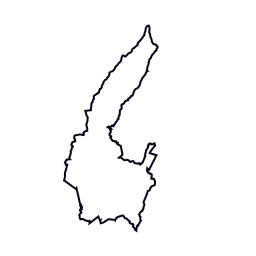 the district of Soacha, Cundinamarca, Colombia, rotated 202°
{"feature_id": "7082276B50901736205159", "entity_name": "Soacha", "entity_type": "district", "adm_level": 2, "iso_a3": "COL", "parent_name": "Colombia", "parent_adm1": "Cundinamarca", "projection": "natural_earth1", "projection_center": [-74.221, 4.507], "detail": "fine", "context": "isolated", "style": "outline", "palette": "ink", "viewbox_px": 256, "rotation_deg": 202, "n_neighbors": 0, "source": "geoboundaries", "source_scale": "gbopen_adm2", "svg_char_len": 5801}
<svg xmlns="http://www.w3.org/2000/svg" viewBox="0 0 256 256"><g transform="rotate(202 128 128)"><path d="M105.4,37.5L105.6,38.3L104.8,39.5L104.8,40.0L105.1,40.3L104.7,41.0L102.4,43.2L100.0,45.0L98.9,44.6L97.0,43.2L95.3,43.5L93.7,42.7L91.7,42.3L91.4,42.1L91.5,41.6L91.2,40.9L90.5,40.4L88.6,40.5L87.9,40.8L87.1,40.6L86.6,39.9L86.7,38.9L86.6,38.5L86.2,38.3L85.3,38.1L84.6,37.7L83.4,36.4L81.8,36.0L82.2,36.9L82.7,39.4L82.1,41.3L82.6,41.3L82.2,42.1L81.3,47.1L82.2,47.4L82.9,49.2L83.1,50.2L84.2,50.6L84.8,51.8L85.3,51.9L85.3,52.5L85.2,53.5L84.3,56.0L83.6,56.6L83.8,57.8L83.5,59.0L83.6,59.4L84.0,59.9L83.9,62.1L84.3,63.4L84.7,64.0L85.5,64.5L85.8,65.1L85.7,72.0L85.8,74.8L86.1,76.9L84.7,78.0L84.6,79.9L84.7,81.6L83.8,83.3L82.1,84.7L81.9,85.1L82.0,85.7L82.4,87.1L83.0,88.7L83.6,89.2L84.8,90.4L85.3,90.6L86.7,89.9L87.5,89.8L87.5,90.5L88.5,93.7L88.9,93.7L89.6,94.1L90.0,93.7L90.3,93.7L91.2,93.9L91.4,94.4L91.7,94.5L93.0,94.2L93.6,95.1L94.0,95.2L94.0,95.9L94.2,96.4L94.4,96.5L94.7,96.4L95.0,97.8L93.9,97.2L93.6,96.5L92.8,97.1L92.3,102.8L92.2,104.9L91.7,108.9L91.7,111.3L91.3,113.5L98.5,112.8L98.6,113.8L97.5,117.9L96.3,121.9L97.7,123.7L98.0,123.6L98.4,122.8L98.8,122.6L99.5,121.7L100.4,121.9L100.8,121.7L101.4,122.0L101.8,122.0L102.3,121.3L102.2,120.8L102.8,120.4L102.6,119.8L102.8,119.3L102.4,118.8L102.5,117.8L102.2,117.3L102.2,116.9L102.3,115.9L102.9,114.5L102.9,114.0L102.4,112.5L102.4,111.1L102.2,109.8L101.3,108.2L101.7,107.4L101.4,106.2L101.6,101.3L102.0,100.2L102.7,99.2L102.8,98.9L103.6,99.2L103.8,99.4L103.6,99.5L103.5,99.8L103.8,99.8L104.3,99.5L104.2,99.0L104.9,99.3L105.4,98.8L106.0,98.5L108.4,98.0L109.1,98.2L110.6,99.2L111.1,99.1L111.9,98.7L112.8,97.6L113.1,97.4L113.8,97.5L115.3,98.2L116.4,98.2L117.3,98.1L118.4,97.2L119.4,96.9L121.1,97.2L122.9,97.9L123.5,98.0L124.1,97.7L125.1,96.8L125.5,96.9L123.5,100.2L123.2,101.0L123.2,101.4L128.0,108.7L128.8,108.6L129.6,109.0L130.6,109.0L131.4,109.6L132.0,110.3L132.0,110.5L133.0,110.5L133.6,110.9L133.6,110.7L133.1,110.5L132.9,109.8L134.1,110.7L134.9,110.4L135.6,110.8L136.1,110.8L137.3,110.3L139.1,111.3L140.8,112.6L140.8,112.8L140.3,113.5L140.4,114.0L142.1,114.3L142.9,115.5L142.8,116.3L142.5,116.6L142.6,118.2L142.7,118.6L143.6,119.3L142.8,120.6L144.1,121.0L144.3,120.9L144.6,120.5L145.4,120.6L146.0,121.2L147.2,121.2L147.0,121.6L146.4,122.1L144.9,122.1L144.1,123.2L144.0,123.8L143.7,124.3L142.5,124.0L142.2,124.1L142.1,124.3L142.1,125.0L142.3,125.5L141.8,125.8L141.8,126.8L141.6,127.0L141.6,128.0L140.7,130.8L140.9,132.0L140.2,133.1L140.8,134.4L141.0,135.3L141.0,136.2L140.6,136.9L141.0,137.9L141.3,139.1L142.0,140.8L142.1,141.7L141.5,142.5L141.4,143.8L141.2,144.1L141.8,145.0L142.2,145.4L142.3,145.9L142.2,146.3L142.7,147.0L142.1,148.1L141.5,148.4L140.9,149.5L140.7,151.5L140.3,152.2L139.0,153.4L138.7,154.1L138.4,154.1L138.8,155.3L137.5,156.7L137.3,157.6L137.4,158.4L135.9,159.8L135.9,160.2L136.1,161.1L136.0,162.1L136.2,164.4L136.1,165.2L135.6,166.8L133.9,168.9L133.2,171.8L133.7,175.9L133.4,177.8L133.4,179.2L133.1,180.6L132.0,184.1L132.1,185.2L131.8,187.2L131.2,188.0L131.6,188.0L132.0,188.3L132.4,189.4L132.5,190.9L132.9,191.9L132.9,194.2L133.0,195.7L133.5,196.6L133.4,197.7L133.9,199.2L133.0,201.8L133.2,203.2L132.9,204.9L131.7,208.3L131.6,209.3L131.5,209.7L130.7,210.5L131.0,211.1L131.2,212.2L131.2,212.5L130.6,213.6L131.1,214.6L132.2,214.8L133.0,215.7L133.6,215.8L135.4,215.4L136.2,215.6L137.9,216.7L139.6,219.3L140.4,220.0L141.5,221.1L142.7,223.3L144.1,224.4L145.1,227.9L146.0,229.6L146.8,230.6L147.5,230.6L148.6,229.4L148.8,227.9L148.7,226.2L148.5,225.4L148.2,224.5L148.2,222.0L147.6,220.1L148.0,219.5L148.3,217.5L149.7,212.7L150.3,211.7L150.7,210.5L150.7,210.1L150.2,209.1L151.9,205.1L153.4,203.2L153.4,199.9L153.9,199.0L155.5,197.3L156.9,193.6L157.3,193.2L159.6,193.5L160.1,193.2L160.3,191.0L159.7,188.0L159.8,186.9L160.8,185.0L161.6,181.9L162.5,180.3L162.6,179.3L162.5,178.0L162.9,176.5L163.3,175.4L163.4,174.9L164.2,174.5L165.1,173.8L165.9,172.2L165.9,171.9L165.3,170.8L165.3,169.0L165.6,167.8L166.1,166.9L166.2,165.2L167.4,163.7L168.0,160.9L167.9,160.4L167.5,159.9L168.0,158.4L168.1,157.2L167.6,155.9L167.9,154.3L168.6,153.7L168.5,153.3L168.6,151.5L168.3,150.3L168.6,150.1L168.6,149.6L169.0,149.0L169.0,148.6L169.4,148.5L169.9,147.9L170.6,146.4L171.3,145.8L171.6,144.8L171.3,143.9L170.8,143.0L170.8,142.3L170.6,142.1L170.9,141.2L170.6,138.8L170.9,138.5L170.8,137.9L171.0,137.4L171.0,136.8L170.7,135.8L170.4,135.6L170.3,134.6L169.1,130.6L174.0,127.9L170.7,123.6L170.0,123.3L169.3,122.8L168.2,119.1L168.2,118.0L168.0,117.2L168.0,115.6L165.5,112.1L164.8,110.1L166.2,109.2L167.6,107.0L166.4,105.2L167.0,104.5L170.1,104.1L171.9,102.9L172.5,102.4L173.0,102.2L174.6,101.0L174.7,100.6L174.5,99.4L173.8,98.1L172.8,97.8L172.4,96.1L172.0,95.8L174.2,94.1L174.3,92.1L174.1,91.0L173.9,90.7L173.1,90.7L172.9,90.5L172.2,90.4L172.0,90.0L172.6,88.5L172.5,87.5L172.2,86.6L172.2,85.6L172.5,85.0L172.4,84.7L171.8,83.8L171.6,83.1L171.7,82.6L171.4,81.8L171.4,79.2L171.2,79.0L171.0,77.8L170.8,77.4L170.3,77.2L171.8,76.5L172.6,75.9L172.6,75.7L173.2,75.6L173.5,72.6L173.0,72.6L172.9,71.8L171.7,70.6L170.6,71.2L170.1,67.9L170.1,67.5L169.6,63.0L169.4,62.4L169.2,61.5L168.7,60.3L168.2,59.4L167.6,55.5L167.4,55.6L167.2,55.4L153.4,51.9L153.2,52.9L145.1,41.2L144.1,39.9L143.9,40.0L143.5,39.6L143.3,39.2L143.3,38.1L143.1,38.1L142.4,38.6L142.2,37.4L141.5,37.6L141.0,37.5L141.0,37.1L141.7,36.6L141.4,36.1L140.6,35.8L140.4,35.6L140.7,35.3L141.5,35.4L141.8,33.8L141.5,33.3L140.5,33.2L139.8,32.6L139.7,32.1L139.8,31.5L140.6,29.8L140.4,28.8L139.9,28.4L139.0,26.5L138.0,25.6L137.7,25.6L137.0,26.2L135.9,26.7L132.3,26.4L130.7,26.7L129.6,26.7L129.1,27.0L128.8,27.5L128.1,26.7L127.9,25.4L122.3,34.8L119.5,31.9L119.0,32.3L119.1,31.6L118.9,31.3L117.6,29.5L116.9,30.1L115.4,31.1L114.0,33.2L111.9,36.1L106.3,37.8L105.4,37.5Z" fill="none" stroke="#020617" stroke-width="2"/></g></svg>